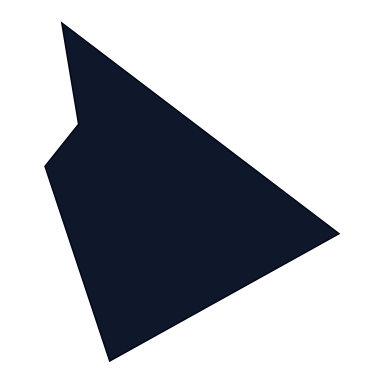 an SVG outline of Les Mamelles
{"feature_id": "SYC-5221", "entity_name": "Les Mamelles", "entity_type": "state/province", "adm_level": 1, "iso_a3": "SYC", "parent_name": "Seychelles", "parent_adm1": "", "projection": "mercator", "projection_center": [55.479, -4.656], "detail": "fine", "context": "isolated", "style": "filled", "palette": "ink", "viewbox_px": 384, "rotation_deg": 0, "n_neighbors": 0, "source": "natural_earth", "source_scale": "10m", "svg_char_len": 212}
<svg xmlns="http://www.w3.org/2000/svg" viewBox="0 0 384 384"><path d="M109.7,361.0L45.0,166.3L78.6,124.2L61.8,23.0L339.0,233.7L209.8,305.4L109.7,361.0Z" fill="#0f172a" stroke="#020617" stroke-width="1.5"/></svg>